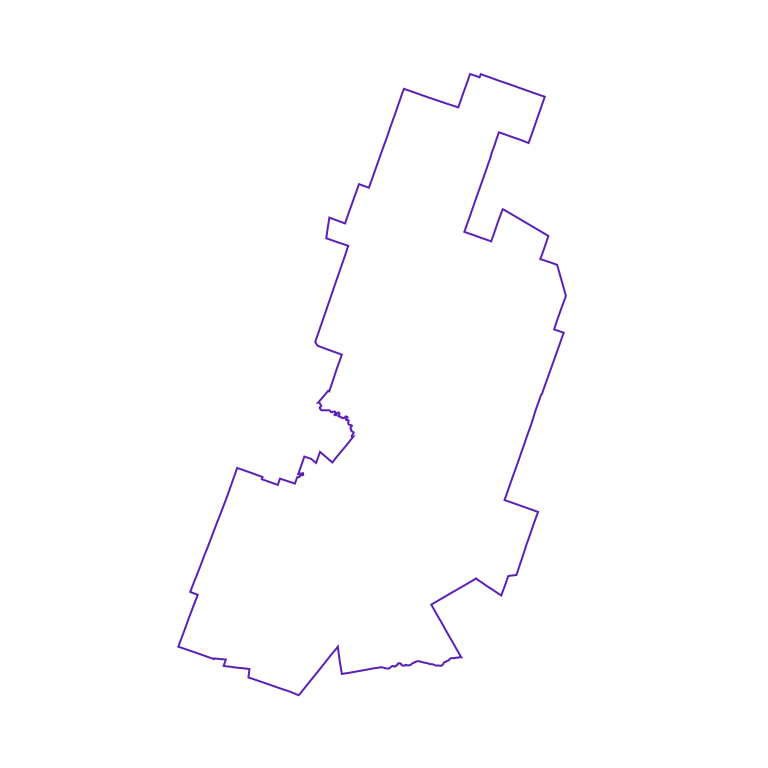 General San Martín, Córdoba, Argentina (Albers equal-area conic projection), rotated 187°
{"feature_id": "61730980B38131446935101", "entity_name": "General San Martín", "entity_type": "district", "adm_level": 2, "iso_a3": "ARG", "parent_name": "Argentina", "parent_adm1": "Córdoba", "projection": "albers", "projection_center": [-63.24, -32.573], "detail": "fine", "context": "isolated", "style": "outline", "palette": "violet", "viewbox_px": 768, "rotation_deg": 187, "n_neighbors": 0, "source": "geoboundaries", "source_scale": "gbopen_adm2", "svg_char_len": 6112}
<svg xmlns="http://www.w3.org/2000/svg" viewBox="0 0 768 768"><g transform="rotate(187 384 384)"><path d="M395.1,678.3L400.2,679.4L401.6,673.5L406.2,652.1L408.3,642.9L411.4,628.2L412.3,624.3L413.2,620.6L414.0,617.0L415.1,612.1L417.2,602.6L420.8,586.3L422.9,577.0L433.2,579.3L434.6,572.9L439.6,550.8L442.2,538.6L451.4,540.8L458.5,542.5L458.6,539.8L459.0,527.2L459.0,521.6L446.2,518.8L436.3,516.8L437.0,513.6L438.2,507.4L444.8,476.7L451.8,443.5L457.4,417.3L454.6,413.9L448.1,412.3L439.1,410.2L434.2,409.1L429.5,408.0L430.4,403.5L432.6,394.0L434.1,386.4L434.9,382.2L437.5,370.0L438.6,370.4L447.0,357.6L446.4,357.8L446.1,357.4L445.8,357.3L445.5,357.1L445.2,356.6L444.9,356.3L444.5,356.0L444.2,355.4L444.0,355.1L443.7,354.7L443.7,354.3L443.9,354.0L444.2,353.8L444.9,352.9L445.0,352.5L444.9,352.2L444.7,352.0L444.3,351.6L444.0,351.5L443.6,350.8L443.4,350.6L442.9,350.4L442.2,350.3L441.4,350.6L440.8,350.7L440.4,350.5L440.0,350.5L439.1,350.8L437.8,350.8L437.3,350.9L436.5,351.1L435.8,351.2L435.1,351.2L434.5,351.0L434.0,350.8L433.5,350.0L433.3,349.7L432.8,349.6L432.2,349.6L431.9,349.8L431.7,350.1L430.7,350.3L430.2,350.6L429.7,350.7L429.2,350.5L428.9,350.1L428.9,349.7L428.9,349.4L428.9,349.0L429.0,348.5L429.4,347.7L429.4,347.4L429.2,347.2L428.9,347.1L428.5,347.1L428.0,347.1L427.6,347.5L427.5,348.0L427.3,348.6L427.0,349.1L426.8,349.6L426.4,349.9L425.6,350.2L425.2,350.1L424.9,349.9L424.7,349.6L424.8,349.3L424.8,349.0L424.6,348.7L424.7,348.0L425.2,347.4L425.5,347.1L425.5,346.6L425.1,346.3L424.7,346.2L424.2,346.2L423.6,346.2L422.8,346.1L421.8,345.2L421.2,345.1L420.7,345.3L420.3,345.2L419.7,345.2L419.4,345.5L419.0,345.9L418.2,347.0L417.4,347.2L416.8,347.0L416.2,346.6L416.2,346.3L416.7,346.2L417.0,345.8L417.2,345.4L417.4,345.1L417.3,344.2L417.2,343.7L416.8,343.5L416.5,343.6L416.2,343.8L415.9,343.9L415.5,343.9L415.1,343.7L414.7,343.5L414.5,343.2L414.5,342.9L414.6,342.6L414.8,341.7L415.0,341.1L414.8,340.6L414.6,340.2L414.2,339.8L413.5,339.3L413.2,339.2L412.8,339.0L412.3,339.2L411.5,339.1L411.0,338.9L410.7,338.3L410.8,338.0L411.4,337.5L411.7,337.2L411.9,336.8L411.9,336.2L411.8,335.8L411.5,335.2L410.9,334.8L411.0,334.0L410.5,333.3L410.2,333.1L409.7,333.0L409.2,332.7L408.7,332.6L408.2,332.2L408.3,331.6L408.5,330.9L409.0,329.8L409.5,329.2L409.7,328.8L409.7,328.5L409.5,327.9L409.1,327.7L408.5,327.6L408.3,327.7L414.1,318.2L418.5,311.4L422.0,306.0L425.7,299.8L432.0,304.0L439.2,308.8L441.8,297.4L447.4,300.9L454.2,302.3L458.1,284.2L453.6,285.6L453.1,283.9L456.5,282.8L456.5,281.5L458.7,280.8L458.8,280.8L460.3,274.3L475.7,277.4L477.1,270.9L493.7,274.6L493.2,276.9L504.5,279.5L519.5,282.8L525.6,255.1L529.6,238.7L532.5,227.5L539.2,200.2L539.7,198.4L541.5,191.7L544.0,181.2L546.1,173.1L549.0,162.1L551.0,154.0L543.2,152.1L546.4,139.3L546.6,138.2L548.2,131.8L548.5,130.9L549.4,126.8L550.4,122.5L552.2,114.5L555.6,100.7L556.1,98.2L550.9,97.1L533.4,93.4L519.3,90.2L519.2,90.9L507.4,91.2L508.8,84.6L501.7,84.6L497.2,84.5L489.3,84.7L482.8,84.7L482.8,83.3L482.8,76.2L471.1,73.8L448.9,69.0L439.9,67.2L430.9,64.7L429.5,66.4L422.9,77.2L420.9,80.5L419.0,83.5L414.4,90.8L406.9,103.1L403.2,109.2L401.1,112.4L399.7,114.4L397.8,117.7L396.8,113.6L393.8,102.2L392.4,97.7L391.6,94.7L390.9,92.6L390.5,91.1L384.1,92.9L377.8,94.8L376.6,95.2L370.4,97.1L359.6,100.5L353.6,102.1L351.9,102.6L351.5,102.6L351.3,102.6L350.3,102.4L349.3,102.4L348.7,102.2L347.7,102.0L347.4,101.9L346.7,101.9L345.7,102.1L344.9,102.1L344.3,102.2L343.9,102.8L343.4,103.2L342.3,104.2L341.9,104.7L341.4,105.1L340.9,105.1L340.6,105.0L340.1,105.0L339.2,104.8L338.7,104.9L338.6,105.0L338.5,105.5L338.4,105.8L338.0,105.9L337.6,105.9L337.3,105.9L337.0,106.4L336.5,106.8L336.3,107.3L336.3,107.9L336.0,108.3L335.6,108.3L335.3,108.3L335.1,108.4L334.8,108.6L334.5,108.8L334.1,108.8L333.8,108.7L333.4,108.4L333.2,108.1L332.9,108.1L332.8,107.8L332.6,107.6L332.3,107.5L332.3,107.3L332.1,107.1L331.8,106.9L331.4,106.9L331.0,106.9L330.4,106.9L330.0,106.8L329.7,106.8L329.3,106.9L329.0,107.3L328.6,107.8L328.3,107.9L327.5,107.9L326.8,107.5L326.6,107.5L325.6,107.8L324.9,107.8L324.4,108.0L323.7,108.2L323.0,108.6L322.6,109.3L322.3,109.8L321.8,110.2L321.1,110.6L320.3,111.0L319.3,111.7L319.2,112.0L318.5,112.2L317.7,112.5L317.1,112.9L316.1,113.2L315.3,113.2L314.7,112.9L313.1,112.7L312.5,112.7L311.4,112.5L309.5,112.3L308.2,112.3L306.4,112.0L305.2,111.8L303.9,111.5L302.3,111.7L300.9,111.7L299.3,111.1L297.2,110.9L295.9,111.3L294.1,111.2L293.1,111.3L292.3,111.6L291.0,113.4L290.8,114.4L290.1,115.3L289.1,115.6L288.6,116.0L288.2,116.5L286.8,117.2L286.2,117.4L285.3,119.0L284.5,119.6L283.2,120.3L281.9,120.3L280.6,120.5L280.0,120.9L279.2,120.9L278.3,121.3L277.4,121.3L276.5,121.8L275.6,122.1L274.0,122.1L276.4,125.3L277.8,127.2L284.6,136.4L288.3,141.2L293.7,148.5L295.5,151.1L298.4,155.0L302.7,160.6L310.2,170.8L289.7,186.4L278.9,194.5L268.7,202.3L268.2,201.6L262.3,198.7L258.6,196.7L254.8,194.8L250.9,193.0L247.7,191.3L244.8,189.8L241.8,188.4L241.4,190.3L239.1,200.0L237.3,208.4L235.2,209.2L229.3,210.5L228.0,216.8L224.2,235.5L223.1,241.8L221.9,246.8L218.0,265.0L215.5,275.8L250.2,283.5L247.9,294.0L245.6,304.6L244.4,310.0L243.5,313.9L241.1,324.6L239.3,333.1L237.6,340.7L235.8,349.5L233.2,360.9L232.0,366.8L230.5,375.6L226.7,392.6L226.0,393.3L225.2,397.2L215.5,440.4L211.9,456.8L221.8,458.9L220.2,467.2L217.4,479.8L214.5,492.1L214.2,493.7L226.7,523.4L234.9,525.2L235.2,525.2L236.1,525.4L244.1,527.1L243.1,531.2L241.6,537.8L240.2,544.5L238.9,551.0L257.0,558.9L285.1,571.1L287.5,571.9L289.8,562.5L291.4,555.3L293.2,546.5L295.0,538.6L297.1,539.1L298.8,539.5L304.9,540.8L308.5,541.6L312.5,542.6L321.2,544.4L322.8,544.8L320.8,553.9L318.8,562.5L318.3,565.3L316.3,574.4L315.9,576.7L313.4,587.6L309.7,604.3L309.2,606.6L306.6,618.8L306.0,621.1L305.7,623.3L305.8,623.4L305.3,626.2L303.3,634.9L301.9,642.1L300.6,647.8L295.7,646.8L286.1,644.6L278.4,643.0L269.9,640.8L268.7,646.0L268.3,647.9L267.0,653.6L264.5,665.2L263.4,670.3L259.4,688.7L268.4,690.6L284.6,694.2L293.5,696.2L307.1,699.1L317.1,701.4L325.7,703.3L326.5,700.0L332.6,701.4L336.4,702.1L337.5,696.8L339.4,688.3L340.8,682.3L344.0,667.6L357.3,670.2L374.8,673.8L395.1,678.3Z" fill="none" stroke="#5b21b6" stroke-width="2"/></g></svg>